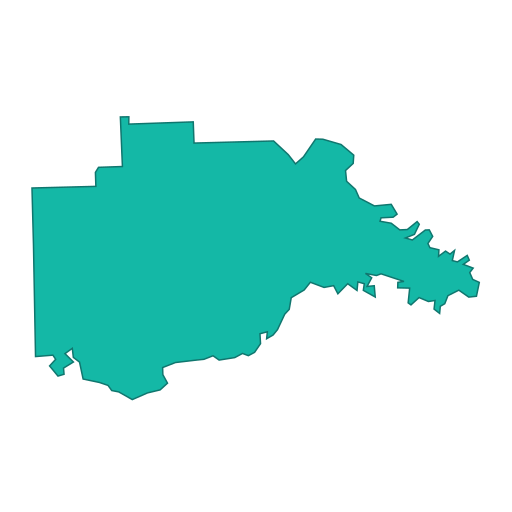 Clarke, Alabama, United States of America, rotated 269°
{"feature_id": "52423323B65809730100750", "entity_name": "Clarke", "entity_type": "district", "adm_level": 2, "iso_a3": "USA", "parent_name": "United States of America", "parent_adm1": "Alabama", "projection": "equal_earth", "projection_center": [-87.89, 31.589], "detail": "fine", "context": "isolated", "style": "filled", "palette": "teal", "viewbox_px": 512, "rotation_deg": 269, "n_neighbors": 0, "source": "geoboundaries", "source_scale": "gbopen_adm2", "svg_char_len": 1749}
<svg xmlns="http://www.w3.org/2000/svg" viewBox="0 0 512 512"><g transform="rotate(269 256 256)"><path d="M287.6,417.7L279.8,407.7L279.6,400.2L286.4,391.8L288.6,380.6L292.0,381.7L292.4,393.8L295.4,397.8L305.3,392.1L304.0,375.3L312.2,360.2L320.8,356.6L329.1,347.9L339.9,347.0L346.9,354.8L355.1,355.5L366.0,343.0L371.6,324.9L371.9,317.7L354.3,305.2L347.4,297.1L356.7,290.1L370.7,275.6L370.0,196.0L391.2,195.6L390.1,131.1L397.4,131.3L397.4,122.8L347.8,124.0L347.4,100.1L342.4,96.9L328.4,97.1L327.9,33.2L270.8,33.7L159.3,33.8L160.4,51.2L156.2,53.9L149.7,47.7L139.4,55.9L141.1,62.0L147.3,61.6L153.2,71.6L161.7,63.3L166.9,70.7L157.8,71.6L153.0,77.7L136.0,81.0L132.3,97.2L129.2,105.8L124.0,109.4L122.5,116.4L114.6,129.8L121.0,145.1L123.8,157.8L130.4,165.3L139.0,160.8L146.1,160.7L150.9,173.6L153.0,194.8L153.6,202.1L157.0,211.3L152.6,217.3L154.8,233.0L158.8,240.8L156.5,246.6L159.7,252.9L168.3,259.0L178.2,258.6L180.0,266.0L173.1,265.2L176.7,271.7L182.0,276.2L197.3,283.7L202.1,288.3L213.7,290.5L221.2,303.6L228.8,309.9L223.4,323.5L225.0,333.1L216.8,337.2L226.7,347.2L219.8,356.4L228.3,357.4L226.4,363.8L219.8,362.7L212.9,374.5L224.2,373.7L223.6,366.5L232.2,371.3L236.7,365.1L234.4,376.1L236.0,380.7L228.0,403.5L227.2,397.4L221.7,397.1L221.2,409.1L206.5,407.3L204.4,410.1L211.6,418.3L207.5,427.6L208.4,434.2L199.8,433.1L195.4,438.6L202.5,439.4L205.0,443.9L213.0,447.2L218.3,458.2L211.2,468.0L211.9,475.7L225.7,478.8L228.8,472.3L235.7,469.4L240.1,472.9L244.0,463.1L248.1,469.2L252.9,467.2L246.6,457.3L248.0,452.2L258.1,454.6L254.5,450.0L257.6,445.6L252.5,438.5L259.0,439.0L261.3,430.0L265.5,428.1L272.5,433.0L279.1,429.7L279.0,425.7L269.3,412.6L271.4,405.7L274.9,414.8L284.9,419.8L287.6,417.7Z" fill="#14b8a6" stroke="#0f766e" stroke-width="1.5"/></g></svg>